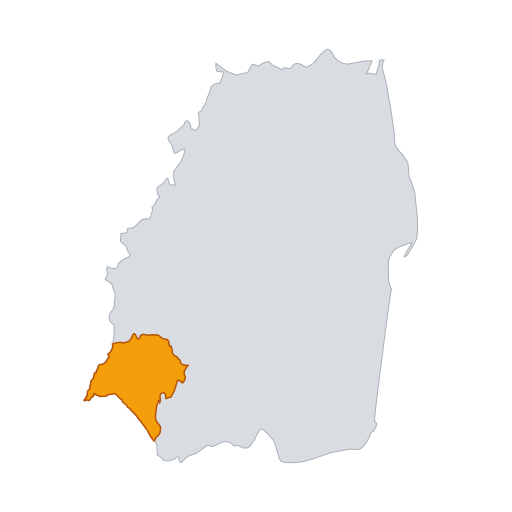 where Subcarpathian sits in Poland, rotated 95°
{"feature_id": "POL-3152", "entity_name": "Subcarpathian", "entity_type": "Voivodeship", "adm_level": 1, "iso_a3": "POL", "parent_name": "Poland", "parent_adm1": "", "projection": "robinson", "projection_center": [22.333, 49.912], "detail": "fine", "context": "in_parent", "style": "filled", "palette": "amber", "viewbox_px": 512, "rotation_deg": 95, "n_neighbors": 0, "source": "natural_earth", "source_scale": "10m", "svg_char_len": 6284}
<svg xmlns="http://www.w3.org/2000/svg" viewBox="0 0 512 512"><g transform="rotate(95 256 256)"><path d="M446.4,277.0L448.7,280.7L449.7,283.7L448.7,285.9L449.0,288.2L457.7,298.2L461.0,305.4L463.0,308.2L467.8,311.9L468.3,313.4L466.4,314.8L463.6,315.3L462.8,316.6L465.8,320.0L467.9,325.7L467.8,330.4L466.2,331.6L464.1,334.4L462.8,336.9L451.5,338.7L448.8,341.4L442.7,346.7L438.4,349.7L432.2,355.2L422.4,364.7L408.1,380.9L405.6,384.6L406.1,387.6L408.7,394.8L409.3,398.1L408.8,401.0L408.0,403.7L408.1,404.9L414.3,409.9L414.5,410.9L414.0,412.2L412.7,413.2L407.9,412.1L402.6,410.1L400.8,410.3L398.0,409.9L386.2,405.9L378.2,402.8L377.4,400.8L375.9,397.8L372.6,395.4L364.8,393.3L361.7,391.6L349.1,390.7L343.6,390.6L339.7,391.3L337.3,391.3L333.8,395.6L331.5,396.8L328.0,397.0L325.0,396.2L322.0,393.9L317.1,392.7L313.5,393.3L310.9,392.8L308.7,392.7L307.9,393.1L306.1,393.1L303.4,394.2L300.5,395.7L297.3,396.9L294.9,399.4L292.6,404.3L286.5,402.1L284.4,403.1L281.5,403.7L279.5,403.1L280.0,401.4L280.9,399.4L280.9,396.8L280.4,393.8L278.5,392.8L275.6,392.5L274.2,391.9L274.0,390.9L272.6,389.7L270.1,386.5L267.7,382.5L266.1,381.3L263.7,383.2L260.0,385.4L257.7,386.1L253.2,392.3L245.3,392.5L244.9,389.6L244.1,386.8L239.5,386.1L239.4,384.5L238.5,380.5L229.4,372.5L228.4,369.2L228.8,367.9L228.2,365.8L226.2,364.5L218.9,363.0L217.0,363.9L215.4,363.0L212.8,361.1L208.2,359.5L207.7,358.7L206.1,357.4L205.2,357.2L204.6,358.0L203.2,359.2L198.4,360.7L196.6,360.1L194.9,358.8L193.0,356.1L190.2,353.7L187.9,352.8L186.6,351.6L186.3,350.6L191.6,348.7L192.8,346.6L192.2,343.0L191.5,342.5L189.4,343.8L185.0,344.8L181.0,345.3L179.0,345.3L167.8,338.7L160.4,336.6L156.1,336.0L155.6,336.7L157.4,340.5L160.7,345.1L160.5,346.3L154.0,349.0L151.2,350.6L148.8,352.9L146.8,353.9L145.1,353.6L143.3,352.5L138.8,345.7L133.0,340.5L132.4,339.3L130.5,339.0L128.0,337.8L127.1,336.2L128.5,334.5L130.4,333.0L133.6,332.1L134.6,331.2L135.2,329.8L136.5,328.1L136.2,327.5L134.0,325.5L130.7,323.7L121.3,325.0L118.7,326.0L117.3,324.8L116.3,322.9L114.0,322.5L110.8,320.8L107.1,319.1L103.4,318.6L95.7,316.2L92.7,316.0L91.0,315.2L89.3,313.4L87.8,311.4L87.2,307.3L81.6,305.4L76.0,304.2L75.5,304.8L75.6,309.0L75.2,311.2L71.4,312.5L67.6,312.7L67.9,312.0L72.7,304.6L74.9,299.9L77.5,291.3L75.1,284.6L74.5,281.5L73.3,280.0L65.6,276.7L65.1,275.5L66.5,271.1L66.0,269.2L64.2,267.2L62.0,263.3L61.2,260.0L64.5,256.1L66.9,249.2L68.2,246.5L66.3,244.9L65.8,242.8L66.5,239.7L65.6,237.4L62.9,235.9L61.2,233.9L60.5,231.4L61.3,227.6L63.7,222.3L59.5,216.0L48.8,208.6L43.7,203.4L44.3,200.4L46.8,197.8L51.1,195.3L54.5,191.1L56.6,186.0L56.9,181.5L52.8,166.7L52.1,163.0L51.5,157.3L61.0,160.4L65.0,162.2L64.6,160.2L63.8,158.5L64.5,156.0L64.4,152.2L55.7,150.3L50.0,149.7L49.5,147.1L50.1,145.4L51.7,146.4L57.3,146.8L71.5,141.7L95.9,135.1L121.8,128.9L127.8,128.3L133.9,127.0L136.2,124.7L138.5,123.1L142.1,119.0L150.1,112.7L163.8,110.4L169.0,107.4L179.8,103.2L204.2,98.5L214.4,97.4L224.3,97.3L233.1,101.0L242.3,105.6L244.0,108.4L238.9,106.7L231.6,102.6L228.9,102.4L234.9,114.9L238.3,119.4L245.2,122.7L251.1,123.8L269.2,121.8L275.6,119.2L277.5,117.8L279.2,118.5L302.8,119.9L385.0,123.2L408.6,123.7L410.0,123.4L412.4,121.3L415.4,121.5L418.9,122.9L420.5,123.8L421.2,124.9L421.6,126.2L423.5,126.5L427.0,127.5L431.7,129.7L435.4,131.8L438.9,134.9L440.1,138.4L440.2,142.4L440.0,144.9L445.3,164.4L453.5,182.1L456.5,190.7L457.7,195.3L458.7,201.9L459.1,206.6L459.1,209.2L458.5,212.8L456.1,215.0L440.6,221.1L437.7,223.0L433.2,227.7L429.0,232.6L428.0,234.3L427.7,235.4L428.7,237.0L434.3,239.6L439.9,241.7L441.7,243.3L445.8,245.3L447.4,247.1L448.2,248.7L448.2,252.4L446.3,257.4L447.2,261.2L445.3,263.8L443.7,266.6L443.6,271.5L446.4,277.0Z" fill="#d9dde1" stroke="#a8b0b8" stroke-width="1"/><path d="M362.8,392.2L362.5,392.1L362.1,391.9L361.2,391.2L360.8,391.0L360.0,390.8L356.9,391.1L356.2,391.3L356.2,391.1L354.6,387.5L353.8,383.4L354.1,381.5L353.9,379.6L352.4,375.7L349.8,373.4L345.2,371.8L343.9,370.8L344.7,369.4L349.0,366.7L348.4,365.1L346.8,364.4L345.6,364.3L344.6,363.4L344.3,362.6L343.9,362.0L344.0,359.9L344.3,357.5L343.2,349.3L343.5,346.2L345.1,344.0L346.5,341.5L347.0,336.9L349.8,335.0L350.6,335.3L351.7,335.1L352.8,334.6L353.6,333.9L353.2,333.0L353.1,332.8L357.2,331.3L360.0,330.8L360.8,330.2L362.1,328.9L362.6,328.1L362.9,327.1L363.2,326.2L365.2,324.3L366.5,322.6L367.2,322.2L368.4,322.1L369.1,321.7L369.8,320.9L370.3,320.0L370.6,319.1L371.0,317.0L370.9,315.0L370.8,314.2L376.5,317.3L379.7,317.4L382.6,315.9L384.3,315.8L385.9,316.3L387.4,317.1L388.8,318.0L388.2,319.4L386.2,322.3L387.0,323.4L397.1,325.5L403.9,328.4L404.3,328.9L404.3,329.6L404.4,330.4L405.4,331.9L405.9,333.2L404.7,333.8L403.4,333.6L402.0,334.0L400.9,335.1L400.2,336.3L400.5,337.6L401.7,339.0L403.2,339.5L409.2,338.6L410.4,339.2L409.7,339.5L408.2,339.8L408.7,340.6L414.6,342.0L424.3,342.2L427.6,341.7L430.4,339.9L433.9,336.6L435.0,336.2L437.5,336.0L440.7,336.3L443.4,337.7L444.8,339.4L449.2,341.4L449.2,341.5L448.6,342.2L445.2,345.2L444.0,346.0L443.9,346.0L441.6,347.5L439.6,348.7L429.8,357.3L428.5,358.9L426.9,359.9L425.2,361.5L420.5,367.2L418.7,368.7L418.5,369.2L418.1,370.3L417.9,370.7L417.5,371.0L416.8,371.2L416.4,371.4L416.0,371.9L413.3,375.8L412.6,376.5L412.1,376.6L411.2,376.8L410.7,377.1L410.4,377.6L409.6,379.4L406.3,383.0L405.3,385.2L406.1,387.1L406.4,387.9L406.7,390.3L406.8,390.9L406.9,391.2L407.5,392.0L408.5,392.8L408.7,393.2L408.9,394.1L409.5,399.1L409.3,399.9L408.6,401.6L408.0,403.6L407.3,404.8L407.1,405.4L407.3,405.7L407.5,405.6L408.1,405.0L408.8,405.4L408.7,405.4L408.6,405.5L410.0,406.3L411.3,407.7L412.1,408.2L414.0,409.1L414.6,409.7L414.6,410.1L414.2,411.2L414.1,412.0L414.3,412.5L415.0,413.5L415.2,413.8L414.7,414.7L413.8,414.4L412.8,413.6L412.0,413.3L411.5,413.2L410.7,412.2L410.3,411.9L409.8,411.8L408.8,412.1L407.3,412.0L406.3,412.1L405.4,412.0L404.3,411.4L402.7,409.8L401.8,409.6L400.9,410.4L399.4,409.7L395.9,409.6L394.3,409.2L392.1,407.4L391.2,407.1L388.8,407.1L386.7,406.6L386.4,406.4L386.3,406.0L386.4,405.7L386.4,405.3L386.0,404.9L385.6,404.8L384.6,404.9L384.1,404.9L383.6,404.7L382.2,403.9L379.1,403.4L377.9,402.7L377.6,400.9L377.0,399.0L375.8,397.3L374.2,396.1L371.9,395.1L370.3,393.9L369.5,393.5L368.6,393.7L367.9,394.2L367.2,394.8L366.8,395.1L366.1,394.6L364.7,392.8L363.9,392.1L363.5,392.0L362.8,392.2Z" fill="#f59e0b" stroke="#b45309" stroke-width="1.5"/></g></svg>